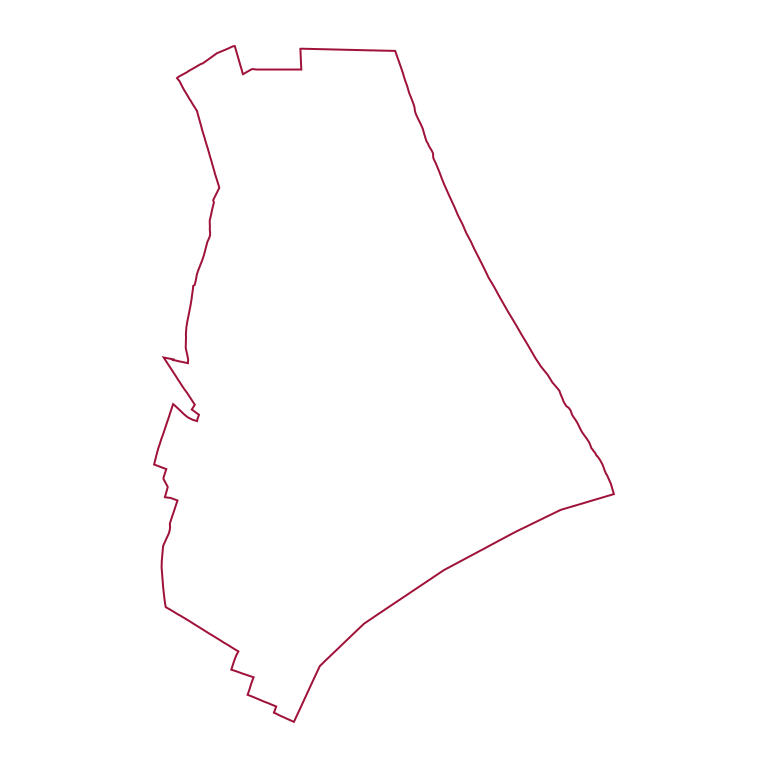 outline of Ciudad Madero, Tamaulipas, Mexico
{"feature_id": "50627088B64715613220585", "entity_name": "Ciudad Madero", "entity_type": "district", "adm_level": 2, "iso_a3": "MEX", "parent_name": "Mexico", "parent_adm1": "Tamaulipas", "projection": "robinson", "projection_center": [-97.839, 22.278], "detail": "fine", "context": "isolated", "style": "outline", "palette": "rose", "viewbox_px": 768, "rotation_deg": 0, "n_neighbors": 0, "source": "geoboundaries", "source_scale": "gbopen_adm2", "svg_char_len": 4725}
<svg xmlns="http://www.w3.org/2000/svg" viewBox="0 0 768 768"><path d="M293.9,721.9L299.7,709.5L311.9,683.0L319.8,666.1L325.2,660.8L338.1,648.5L351.5,635.6L364.0,623.7L377.6,614.5L443.9,570.1L512.4,533.5L516.9,531.2L546.2,516.9L560.4,510.0L563.3,509.1L607.8,495.9L613.9,494.1L610.8,483.6L606.8,474.7L606.2,474.1L604.7,470.6L603.6,467.5L602.5,464.5L600.4,460.6L597.9,456.9L597.5,456.3L597.2,456.3L596.3,455.3L595.2,452.9L593.6,451.1L592.6,449.5L591.5,448.4L589.6,443.2L587.2,439.3L584.5,435.6L582.7,433.1L581.6,431.4L579.4,427.1L577.5,423.1L575.2,419.4L573.6,417.2L572.1,414.8L570.6,410.5L568.9,408.0L566.3,406.1L563.7,401.9L562.5,398.6L560.7,394.5L559.4,390.8L556.5,387.2L552.4,382.5L547.8,375.0L541.0,366.6L535.4,358.1L528.0,345.3L521.6,334.7L515.2,323.6L508.2,312.0L500.3,298.2L493.9,286.5L488.5,277.5L485.0,270.1L483.5,267.1L478.5,257.2L474.2,248.8L470.9,241.6L466.4,233.3L462.4,224.0L457.9,215.2L455.8,210.2L454.4,206.9L449.4,196.1L444.3,184.7L442.0,179.0L439.3,171.8L436.6,165.2L435.0,161.6L433.9,159.5L433.3,157.8L433.1,156.1L433.1,153.8L432.7,152.6L431.5,150.2L429.2,146.5L427.7,143.1L426.5,141.3L425.3,137.6L424.0,133.2L422.7,128.5L420.7,124.0L418.1,118.9L415.9,114.0L415.4,112.6L414.9,110.9L414.6,108.2L414.1,105.7L411.5,98.7L409.1,92.8L407.6,87.5L407.0,85.6L405.0,80.1L403.7,75.8L403.2,74.0L400.5,66.0L397.4,57.3L395.2,50.9L376.7,50.5L373.8,50.4L370.9,50.4L367.8,50.3L301.5,48.7L300.4,48.8L300.9,60.9L301.3,69.5L255.9,69.5L254.1,69.2L252.7,69.1L251.5,69.3L243.0,74.2L242.5,72.8L241.6,69.5L240.5,65.8L239.8,63.4L234.8,46.1L233.3,46.2L231.4,47.0L228.5,48.4L217.0,53.2L216.6,53.4L216.4,53.6L205.7,61.3L202.7,63.4L200.5,64.2L197.9,65.7L195.2,67.3L192.6,68.8L189.9,70.3L188.2,71.3L187.3,72.0L178.9,76.6L177.7,77.4L177.0,78.1L178.7,80.2L179.3,80.8L180.8,83.7L182.3,86.7L184.0,89.8L185.0,91.5L185.7,92.6L186.6,94.1L187.4,95.4L188.3,96.9L188.6,97.5L190.0,99.8L190.2,100.0L191.6,102.3L191.8,102.7L193.4,105.3L194.0,106.2L195.3,108.2L196.4,110.2L196.8,110.4L197.9,114.4L198.7,117.3L199.1,118.7L199.6,120.5L200.3,123.2L200.5,123.7L201.4,126.9L201.5,127.5L202.3,130.4L202.7,131.9L203.5,134.3L204.1,136.3L204.5,137.5L205.4,140.7L205.6,141.6L206.7,145.1L206.8,145.5L208.0,149.2L208.1,149.7L208.8,152.2L209.1,153.1L210.0,156.4L211.1,160.0L211.8,162.4L212.0,163.4L213.0,166.6L215.2,174.5L216.9,179.8L217.0,180.2L218.1,183.7L218.8,185.9L218.8,186.1L219.3,187.8L217.3,191.9L213.9,198.6L213.2,200.3L213.9,202.8L213.7,203.4L212.7,207.3L211.9,210.6L211.8,211.2L210.8,216.1L209.9,219.7L209.7,221.1L209.9,226.5L209.8,229.9L210.1,232.7L210.1,235.2L209.4,237.4L207.3,242.1L206.4,245.7L203.9,255.3L202.0,260.9L200.9,263.5L197.8,271.5L197.6,272.3L196.9,274.2L195.9,280.0L195.3,282.3L194.6,285.1L194.2,285.3L193.2,285.9L193.0,288.9L192.8,289.9L192.2,294.2L191.4,300.1L190.4,306.1L187.7,319.7L187.5,320.5L187.2,321.9L187.0,323.6L186.4,327.0L186.2,330.0L185.9,333.8L186.0,337.1L185.8,345.4L185.7,347.1L185.8,348.2L186.0,349.2L186.7,352.5L187.2,354.6L187.3,355.1L187.8,357.9L188.1,359.2L188.1,360.2L188.0,361.4L187.9,362.9L187.9,363.2L183.3,362.2L178.0,361.1L175.7,360.5L173.0,360.0L173.4,359.4L163.7,357.5L167.5,363.4L172.3,370.7L177.3,378.4L177.3,378.5L177.5,378.8L181.9,385.5L182.1,385.9L184.5,389.4L187.1,392.9L189.3,396.3L194.8,404.7L191.8,409.5L195.3,412.1L199.0,414.8L197.3,419.5L197.1,421.1L193.0,419.9L192.5,419.7L192.1,419.5L188.1,417.5L187.9,417.4L184.3,414.5L177.3,407.8L173.5,404.4L173.1,404.1L169.8,414.1L169.3,415.8L168.5,418.2L167.4,421.3L165.4,427.4L164.6,429.7L163.1,434.3L161.3,439.1L159.8,443.9L159.7,444.2L158.3,448.3L158.0,449.3L156.7,454.1L156.5,454.9L154.1,464.5L163.1,467.9L166.3,469.1L164.7,473.9L163.5,477.8L163.5,479.1L167.3,486.0L167.6,486.5L167.7,487.2L166.2,492.6L164.9,497.2L167.6,497.6L170.5,497.9L172.4,498.6L174.9,499.5L177.5,500.5L175.8,505.5L174.3,510.2L172.6,515.1L170.9,520.3L170.3,522.1L169.9,523.5L169.9,524.2L169.9,525.4L170.1,526.9L170.0,528.5L169.9,529.0L169.3,531.9L168.5,534.2L167.1,537.1L166.4,538.6L166.3,538.8L164.5,542.9L164.0,543.9L163.1,546.1L162.6,551.7L161.8,560.8L161.6,567.4L162.6,580.2L163.1,586.9L163.8,593.2L164.5,599.1L165.0,602.9L165.1,603.5L165.5,605.8L165.7,607.1L169.2,609.1L169.6,609.3L171.3,610.3L171.8,610.6L177.2,613.9L178.7,614.8L179.6,615.2L190.2,621.6L194.7,624.5L199.1,627.2L203.9,630.2L208.8,633.3L213.8,636.3L219.0,639.5L223.7,642.5L228.6,645.4L233.5,648.5L238.4,651.4L236.3,655.3L234.2,660.7L232.7,665.3L231.3,669.7L236.6,671.4L242.0,673.4L247.4,675.2L253.6,677.3L251.9,681.7L250.6,685.7L249.2,690.3L247.6,694.8L253.7,697.2L258.9,699.4L264.3,701.7L266.7,702.6L268.6,703.3L270.8,704.3L273.1,705.2L276.2,706.5L274.5,711.2L273.9,712.7L274.4,712.9L275.2,713.2L275.4,713.3L278.4,714.8L281.0,716.1L282.2,716.6L293.9,721.9Z" fill="none" stroke="#9f1239" stroke-width="2"/></svg>